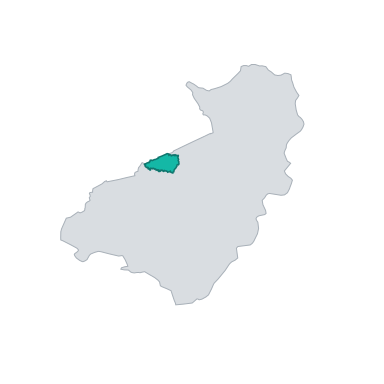 Nahouri, Nahouri, Burkina Faso (highlighted), rotated 155°
{"feature_id": "67063806B90465948144495", "entity_name": "Nahouri", "entity_type": "district", "adm_level": 2, "iso_a3": "BFA", "parent_name": "Burkina Faso", "parent_adm1": "Nahouri", "projection": "orthographic", "projection_center": [-1.117, 11.253], "detail": "fine", "context": "in_parent", "style": "filled", "palette": "teal", "viewbox_px": 384, "rotation_deg": 155, "n_neighbors": 0, "source": "geoboundaries", "source_scale": "gbopen_adm2", "svg_char_len": 7185}
<svg xmlns="http://www.w3.org/2000/svg" viewBox="0 0 384 384"><g transform="rotate(155 192 192)"><path d="M279.2,236.9L270.1,237.4L266.8,238.4L264.9,238.4L264.8,237.6L264.6,237.1L253.1,234.3L245.1,232.7L236.9,230.9L236.5,232.6L235.3,233.8L233.6,233.8L232.3,233.6L231.5,234.9L230.2,236.6L228.3,237.5L226.5,238.6L225.4,239.5L224.7,239.6L222.8,237.3L220.3,237.1L215.7,237.5L213.6,236.9L210.8,236.6L204.1,237.0L193.4,236.1L191.6,236.6L191.2,237.0L180.6,237.1L168.9,237.2L159.1,237.2L150.6,237.3L150.6,236.9L147.8,236.8L147.5,237.6L145.1,246.5L144.8,251.4L146.0,254.4L147.5,256.3L149.1,257.1L149.2,258.2L147.9,259.6L148.0,261.1L149.6,262.6L149.9,264.1L149.1,265.7L149.3,269.7L150.4,275.9L150.4,279.9L149.3,281.8L149.8,284.9L151.9,289.4L152.3,291.3L151.5,292.1L149.8,293.3L148.0,293.2L146.0,290.5L145.0,289.3L143.4,286.6L142.0,283.8L140.1,282.6L138.2,281.5L135.9,278.0L133.7,276.3L131.4,276.8L128.0,276.1L121.1,275.2L113.7,275.4L110.6,276.1L107.6,277.4L99.9,280.1L96.8,281.4L94.5,284.9L91.9,284.8L89.3,283.6L87.6,282.0L84.1,282.4L80.8,280.8L77.5,277.7L75.1,276.7L72.1,274.4L71.3,270.3L69.4,267.3L67.6,263.2L65.0,261.3L62.0,260.3L57.7,260.5L55.0,258.8L52.8,256.4L53.4,254.3L54.4,251.4L54.6,248.6L55.3,244.0L55.0,238.3L54.3,234.3L56.6,232.7L59.4,231.2L61.1,228.5L62.9,222.4L63.7,217.2L63.2,215.2L62.3,213.7L61.6,211.4L61.3,208.6L61.8,206.2L63.9,204.0L66.4,202.2L68.3,201.3L73.1,200.4L79.1,199.1L82.5,197.6L85.1,196.0L86.5,194.8L88.0,192.2L90.3,190.3L92.1,188.3L92.5,182.7L92.5,179.5L91.2,177.8L90.5,176.3L99.4,172.0L99.5,168.9L98.3,165.5L96.6,162.7L96.0,160.3L98.5,157.5L100.7,155.4L102.3,153.7L105.8,151.0L109.4,150.3L112.7,151.4L122.3,157.9L124.0,158.3L126.0,157.8L128.6,156.1L131.9,154.8L133.1,150.5L133.1,144.2L133.9,141.3L135.6,140.8L141.2,142.1L142.6,142.1L144.2,141.7L145.4,140.6L145.4,138.6L145.1,136.8L147.0,130.9L150.3,126.5L157.0,121.1L159.1,120.0L161.6,119.4L173.5,123.2L175.5,122.3L178.4,112.9L181.7,112.0L185.6,111.9L188.1,111.1L189.4,110.4L195.1,106.9L205.1,102.1L210.5,100.0L211.6,99.2L215.4,95.8L220.5,91.8L223.8,91.0L228.3,90.7L231.1,91.3L231.9,92.5L232.8,93.0L238.7,91.3L247.1,94.0L254.4,96.6L254.0,98.2L253.9,101.2L253.4,105.8L252.7,111.4L255.7,115.0L259.3,118.9L260.3,120.4L259.4,124.2L260.1,126.5L262.0,130.2L265.3,134.9L268.6,139.8L271.0,140.4L273.2,140.8L274.5,141.7L276.5,142.5L278.4,143.0L280.1,144.1L281.2,145.1L282.6,148.1L286.4,150.1L289.1,152.1L288.0,153.1L284.7,152.7L281.6,151.8L281.3,153.3L281.2,158.8L281.7,163.4L282.4,164.0L285.5,164.9L293.0,170.8L299.8,176.4L302.0,177.8L305.7,178.4L309.9,178.6L311.7,178.0L315.7,175.1L317.8,174.8L319.8,174.8L320.9,175.3L322.8,177.6L324.7,181.1L325.2,183.7L325.1,185.1L324.5,185.6L321.2,186.3L319.8,186.9L319.4,187.6L319.9,189.4L320.6,190.5L324.3,195.5L329.6,202.3L331.2,204.0L330.3,206.1L327.7,211.4L325.8,213.7L317.0,221.4L312.7,220.5L303.7,222.1L302.3,220.4L300.2,220.2L297.6,220.5L296.6,221.2L296.4,221.9L295.4,223.0L293.8,226.0L292.5,226.8L290.9,227.2L288.9,227.2L287.8,227.6L287.8,229.1L287.4,230.4L286.1,231.0L285.6,232.5L285.7,233.9L284.9,234.6L283.2,234.2L282.2,233.8L281.2,235.7L280.1,237.0L279.2,236.9Z" fill="#d9dde1" stroke="#a8b0b8" stroke-width="1"/><path d="M191.3,224.6L191.2,224.9L191.1,225.2L191.3,225.8L191.3,226.3L191.2,226.5L190.7,226.8L190.4,227.1L190.3,227.8L190.3,228.2L190.4,228.5L190.4,228.9L190.2,229.2L189.2,230.4L189.0,230.7L189.0,230.8L189.0,231.0L189.3,231.1L189.5,231.1L189.9,231.0L189.8,231.3L190.1,231.4L190.5,231.7L190.8,231.8L190.8,232.1L190.9,232.3L191.2,232.4L191.2,232.5L191.4,232.5L191.5,232.3L191.9,232.3L192.0,232.1L192.3,232.2L192.4,232.4L192.4,232.5L192.2,233.0L192.3,233.0L192.5,233.1L192.9,232.9L193.0,232.9L193.3,233.1L193.1,233.3L193.3,233.6L193.7,233.7L193.9,233.6L194.0,233.5L194.3,233.4L194.6,233.6L194.8,233.6L195.1,233.5L195.5,233.5L195.5,233.8L195.4,233.9L195.2,233.9L195.2,234.1L195.7,234.6L195.9,234.7L195.9,234.8L196.2,235.2L196.5,235.2L196.7,235.5L197.0,235.4L197.1,235.0L197.3,234.9L197.5,234.9L197.5,235.0L197.4,235.1L197.5,235.3L197.5,235.5L197.4,235.6L197.2,235.6L197.0,235.8L197.2,236.0L197.3,236.2L197.2,236.4L198.3,237.3L199.5,237.2L199.5,237.3L200.0,237.3L200.3,237.2L200.9,237.3L201.4,237.2L201.6,237.3L204.0,237.3L205.4,237.4L206.5,237.5L206.9,237.5L208.0,237.6L208.1,236.9L210.1,236.9L211.9,237.0L212.3,237.3L213.2,237.3L213.5,237.2L214.6,237.2L215.0,237.5L215.0,237.9L215.7,238.0L216.1,238.4L216.6,238.4L216.7,238.1L216.8,237.9L217.2,237.3L218.0,237.2L218.2,236.8L218.8,236.8L219.0,237.2L220.4,237.2L220.5,237.3L220.8,237.3L221.1,237.2L223.2,237.3L223.4,237.2L223.5,237.1L223.5,236.9L223.4,236.6L223.2,236.6L223.1,236.8L222.9,236.9L222.7,236.7L222.6,236.4L222.8,236.2L222.9,235.9L223.1,235.3L223.3,235.4L223.5,235.3L223.5,235.2L223.5,234.9L223.3,234.6L223.2,234.4L223.1,233.8L223.0,233.6L222.7,233.4L222.5,233.1L222.4,233.1L222.2,233.2L221.9,233.2L221.7,233.1L221.5,232.9L221.4,232.7L221.6,232.5L221.7,232.4L221.8,232.1L221.9,231.9L222.0,231.8L222.0,231.7L221.9,231.5L221.9,231.4L221.7,231.2L221.3,231.3L221.1,231.3L220.9,231.2L220.7,230.9L220.9,230.4L220.7,230.2L220.6,229.8L220.7,229.6L220.4,229.5L220.2,229.6L220.1,229.8L220.1,230.0L220.1,230.4L220.0,230.5L219.9,230.6L220.0,230.8L220.0,231.0L219.9,231.1L219.6,231.1L219.5,230.8L219.4,230.8L219.4,230.7L219.2,230.6L218.9,230.5L218.7,230.4L218.4,230.3L218.3,230.1L218.2,230.2L217.7,229.7L217.4,229.9L217.3,230.0L217.2,230.0L217.1,229.8L217.1,229.7L216.8,229.4L216.6,229.4L216.4,229.1L216.5,229.0L216.5,228.9L216.3,228.8L216.2,228.8L216.1,228.6L216.1,228.4L215.9,228.4L215.8,228.5L215.7,228.5L215.7,228.4L215.5,228.2L215.4,228.1L215.3,227.9L215.2,227.7L214.9,227.4L214.7,227.2L214.8,227.1L214.7,227.1L214.7,226.9L214.6,226.5L214.5,226.4L214.3,226.3L214.2,226.5L213.8,226.6L213.5,226.6L213.2,226.4L213.1,226.1L213.2,225.8L213.1,225.7L213.3,225.7L213.4,225.8L213.6,225.8L213.6,225.6L213.7,225.4L213.6,225.2L213.5,224.9L213.4,224.6L213.2,224.5L212.8,224.4L212.7,224.3L212.4,224.3L212.3,224.2L212.0,224.2L211.9,224.3L211.8,224.5L211.9,225.0L211.7,225.2L210.9,224.7L210.5,224.8L210.3,224.6L210.0,224.4L209.8,224.4L209.7,224.3L209.7,224.1L209.8,223.9L209.9,223.7L209.4,223.5L209.2,223.4L209.1,223.1L209.1,222.9L209.1,222.7L208.8,222.6L208.6,222.7L208.4,222.7L208.3,222.9L208.2,223.2L208.0,223.3L207.9,223.2L207.7,222.9L207.3,222.4L207.1,222.2L206.8,222.2L206.7,222.1L206.4,222.0L206.3,221.9L206.4,221.7L206.2,221.4L206.0,221.2L205.7,221.1L205.5,220.9L205.6,220.5L205.7,220.4L205.7,220.2L205.4,220.2L205.0,220.3L204.9,220.2L204.7,220.1L204.4,220.0L204.3,219.9L204.2,219.9L203.9,219.9L203.4,220.1L203.1,220.1L203.2,219.9L202.9,219.8L203.0,219.8L202.9,219.7L202.9,219.4L203.0,219.3L203.0,219.1L202.9,219.0L202.7,218.9L202.7,218.7L202.5,218.4L202.3,218.3L202.1,218.2L202.0,217.9L201.8,217.8L201.7,217.7L201.5,217.4L201.4,217.3L200.9,217.9L200.6,218.1L200.4,218.1L200.0,218.0L199.9,218.0L199.7,218.4L199.4,218.8L199.2,219.1L198.9,219.4L198.8,219.6L198.7,219.6L198.4,219.7L198.1,220.0L197.8,220.2L197.3,220.2L197.0,220.3L196.7,220.5L196.2,220.8L195.9,221.0L195.7,221.3L195.3,221.4L195.0,221.6L194.8,221.7L194.4,222.6L194.2,222.8L193.9,222.9L193.3,222.9L193.1,222.8L192.9,222.4L192.5,222.5L192.2,222.8L191.9,223.0L191.8,223.3L191.6,224.2L191.3,224.6Z" fill="#14b8a6" stroke="#0f766e" stroke-width="1.5"/></g></svg>